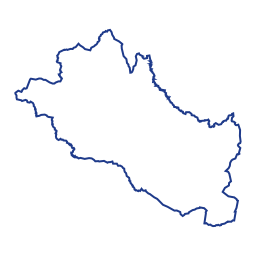 outline of Phran Kratai, Kamphaeng Phet, Thailand
{"feature_id": "78962969B94050076713993", "entity_name": "Phran Kratai", "entity_type": "district", "adm_level": 2, "iso_a3": "THA", "parent_name": "Thailand", "parent_adm1": "Kamphaeng Phet", "projection": "albers", "projection_center": [99.551, 16.715], "detail": "fine", "context": "isolated", "style": "outline", "palette": "blue", "viewbox_px": 256, "rotation_deg": 0, "n_neighbors": 0, "source": "geoboundaries", "source_scale": "gbopen_adm2", "svg_char_len": 5752}
<svg xmlns="http://www.w3.org/2000/svg" viewBox="0 0 256 256"><path d="M83.1,47.3L80.1,45.4L78.5,43.7L75.7,47.1L73.6,47.8L72.7,49.0L70.4,48.9L67.4,49.9L66.7,49.5L64.7,50.0L64.3,49.7L59.3,52.1L58.4,54.3L57.2,55.7L57.6,56.4L57.4,57.0L58.2,58.0L57.5,59.3L57.8,60.1L56.8,61.3L57.2,62.2L60.6,63.3L60.4,64.7L61.3,66.2L60.0,70.0L60.5,70.5L60.3,71.0L61.4,72.2L60.6,72.6L59.7,74.3L58.8,74.4L59.1,75.3L59.9,75.8L60.0,76.6L61.4,77.6L61.3,78.4L61.8,78.7L60.4,81.4L58.4,81.4L55.5,82.6L54.5,83.5L52.8,83.6L49.6,82.4L45.6,79.9L43.7,79.9L41.3,78.6L39.1,78.5L35.8,79.6L30.9,78.7L30.1,79.4L26.7,88.3L25.4,88.7L24.2,88.2L22.2,90.2L21.8,91.5L21.4,91.9L18.3,90.7L15.4,92.8L15.4,93.7L16.5,95.4L16.5,97.7L16.9,99.3L21.3,100.3L22.0,101.0L25.6,99.9L26.9,100.5L27.5,102.2L29.7,102.6L30.6,101.6L32.9,103.0L33.8,104.8L33.7,106.0L34.9,107.3L35.0,108.5L35.4,108.8L35.1,109.5L35.7,109.9L35.5,110.8L35.9,111.6L35.8,112.6L36.1,112.7L35.9,113.2L36.4,113.3L36.5,113.9L36.2,114.4L36.5,115.0L36.1,115.6L36.4,116.4L39.3,115.8L41.2,114.9L44.8,114.6L46.8,115.5L47.2,116.3L48.4,116.9L52.7,117.6L51.8,119.6L51.9,120.7L52.5,121.1L52.1,123.1L52.8,124.1L52.2,124.6L53.2,126.8L54.9,128.2L54.8,129.6L56.5,130.7L56.5,131.8L55.8,132.3L56.1,133.2L55.6,133.6L56.3,134.6L55.9,136.1L56.2,137.9L57.4,139.3L58.7,140.0L60.6,138.8L61.3,139.7L62.8,139.6L63.4,140.4L66.2,140.7L67.1,141.8L66.9,142.8L69.8,143.8L70.1,144.3L69.5,144.7L70.1,145.2L71.1,144.6L71.8,145.7L71.6,146.6L72.3,148.0L72.8,148.0L72.8,148.5L73.0,147.9L73.8,147.9L74.4,149.0L74.2,149.6L73.1,150.4L73.0,151.7L72.4,152.5L71.2,152.5L71.2,153.4L72.2,154.8L71.8,155.1L72.5,155.9L73.2,155.4L73.8,155.7L74.0,156.1L73.5,156.6L74.1,157.1L74.9,157.4L75.3,156.6L75.5,157.0L76.1,156.9L77.0,157.6L77.4,157.4L78.5,158.4L80.5,157.9L84.7,158.9L89.1,158.1L91.7,158.4L93.9,159.8L95.3,161.3L98.5,161.1L99.1,161.5L104.0,160.9L107.5,162.7L108.2,162.2L110.3,162.1L112.4,161.5L113.1,163.7L116.9,163.7L118.1,165.8L120.2,165.6L122.1,166.7L123.1,168.1L124.2,168.6L124.4,170.7L124.8,171.9L126.1,173.2L126.7,176.0L129.1,177.8L129.5,179.7L129.2,180.4L129.9,180.9L129.6,181.1L130.6,182.4L130.6,183.1L132.5,185.2L132.3,185.6L133.0,186.1L132.9,186.8L133.7,187.2L134.5,188.4L134.5,189.5L135.7,190.4L136.1,190.1L138.1,191.1L138.5,190.6L139.0,190.9L140.0,190.4L140.3,190.7L141.1,189.4L141.7,189.6L141.8,189.1L143.0,190.5L144.1,190.8L145.6,190.3L146.0,191.4L148.4,193.5L149.8,194.0L154.2,197.3L157.2,198.9L163.0,204.8L167.6,206.8L174.4,210.6L176.8,210.5L180.2,212.0L180.6,214.2L182.7,216.0L184.3,214.9L185.0,213.9L188.5,213.4L188.9,212.3L192.6,210.1L194.8,209.6L196.5,208.5L199.8,207.9L199.9,207.4L204.2,208.2L206.7,210.6L205.7,212.2L205.9,213.3L204.4,223.4L205.3,223.5L206.3,223.1L208.6,224.9L210.5,224.6L211.2,225.3L213.0,226.1L215.3,225.9L216.2,225.1L217.6,225.2L218.2,224.8L219.7,225.5L221.1,225.1L221.3,224.3L224.7,223.6L226.9,222.1L227.7,222.0L227.8,221.6L231.3,221.7L232.7,220.4L234.2,220.5L235.7,211.8L234.8,211.7L236.5,207.9L237.9,200.7L237.1,200.4L236.7,199.3L234.3,197.4L228.4,196.3L222.7,191.9L224.9,187.9L228.9,185.5L229.1,182.9L231.0,181.3L229.3,173.7L228.2,171.8L225.7,171.0L228.7,168.1L229.8,165.9L230.2,162.7L231.4,160.6L232.5,159.6L235.4,158.5L237.0,154.4L237.6,154.1L238.4,154.4L239.4,153.8L239.0,152.7L240.3,148.0L238.3,146.1L237.9,145.1L238.8,143.6L240.2,143.1L240.6,141.6L239.9,135.9L240.1,130.0L238.3,124.7L236.3,125.2L235.7,125.0L234.8,123.8L235.2,122.7L233.8,121.7L231.9,121.3L231.6,120.7L232.0,117.9L233.5,116.2L233.2,113.4L232.1,113.8L232.1,114.6L231.3,115.2L229.1,115.4L228.4,116.2L228.1,118.5L227.4,118.6L227.5,119.1L226.7,119.6L226.0,120.7L225.4,120.5L223.6,121.1L223.2,121.9L222.7,121.8L221.1,124.2L218.6,124.8L215.8,123.1L214.0,124.4L214.4,125.9L213.7,126.8L212.3,126.2L211.3,127.1L210.1,127.2L209.3,126.7L209.4,125.0L208.5,124.2L208.8,123.6L208.4,123.3L209.3,121.1L208.3,119.6L207.5,120.2L204.8,120.2L204.7,120.7L201.8,120.8L200.8,121.6L199.7,121.7L199.6,121.1L199.2,121.0L199.4,120.7L198.2,120.4L197.4,117.6L195.0,116.6L194.4,115.6L191.7,115.2L191.5,113.9L189.4,112.2L186.1,112.2L185.5,114.0L183.3,113.2L183.0,112.0L182.5,112.2L181.5,110.7L180.7,111.0L180.6,110.5L179.8,110.4L178.7,109.5L178.3,107.6L177.0,107.3L176.7,107.8L175.6,107.0L174.2,107.0L173.8,105.3L172.9,104.9L172.1,103.1L170.5,102.4L170.6,101.7L169.4,100.5L169.5,100.0L168.5,98.6L169.0,97.7L168.7,97.8L168.6,97.3L167.7,98.1L167.7,97.3L166.9,96.9L167.0,96.3L166.2,96.2L166.2,95.0L165.6,94.8L165.6,93.5L166.0,93.6L166.1,93.1L164.6,92.0L164.8,90.8L164.2,91.1L164.0,90.3L163.6,90.4L163.7,90.1L162.9,89.9L162.6,89.9L162.7,90.5L160.6,90.1L160.5,89.3L160.0,89.5L160.0,88.9L159.6,89.1L159.3,87.6L158.4,87.2L158.3,85.9L156.4,85.9L156.8,85.6L156.5,84.7L155.9,84.7L156.1,84.4L154.8,83.7L155.0,82.9L153.7,81.6L153.1,81.8L153.2,81.1L153.8,80.9L153.0,79.6L153.5,78.9L153.9,78.9L153.4,78.6L153.7,78.2L153.3,77.1L153.7,76.5L154.3,76.5L154.5,75.6L153.3,73.3L152.3,72.5L152.3,71.6L151.4,71.3L151.5,70.5L150.9,70.3L151.5,69.5L151.0,69.4L151.3,69.1L150.7,69.0L150.2,67.7L150.8,66.5L150.4,66.2L150.8,65.8L150.4,65.5L150.9,65.3L150.3,64.7L151.1,64.2L150.3,63.9L150.8,63.8L150.6,62.4L151.2,62.1L150.1,61.3L150.8,61.3L150.9,60.7L150.3,59.8L149.4,55.5L147.0,55.9L147.1,58.1L144.0,58.7L142.6,57.5L142.4,56.4L142.7,56.2L139.5,54.6L139.0,53.4L137.0,54.0L135.8,56.4L136.7,60.3L135.5,65.3L133.5,66.6L133.2,69.3L132.2,71.8L131.5,72.5L130.3,72.7L129.7,67.7L128.5,66.0L128.4,64.5L127.0,63.0L126.4,59.1L123.6,56.1L121.8,48.6L121.6,45.4L122.3,44.6L122.3,44.0L118.9,41.3L114.2,38.9L114.0,37.6L112.2,34.7L111.6,32.2L110.0,29.9L107.8,30.4L107.1,31.6L105.7,31.1L105.5,31.7L102.9,32.5L102.3,34.0L100.9,34.8L100.7,35.9L99.3,37.0L98.9,38.5L99.0,39.0L99.5,39.0L99.5,40.4L98.5,41.7L97.7,41.9L97.3,43.3L96.3,44.6L95.2,45.1L94.4,46.1L91.3,47.7L90.3,50.3L85.0,49.1L83.1,47.3Z" fill="none" stroke="#1e3a8a" stroke-width="2"/></svg>